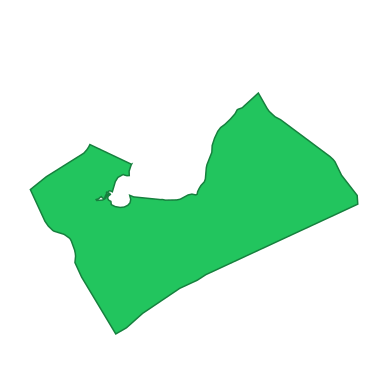 SVG path tracing the border of As Suways, rotated 241°
{"feature_id": "EGY-1536", "entity_name": "As Suways", "entity_type": "Governorate", "adm_level": 1, "iso_a3": "EGY", "parent_name": "Egypt", "parent_adm1": "", "projection": "robinson", "projection_center": [32.482, 29.608], "detail": "fine", "context": "isolated", "style": "filled", "palette": "green", "viewbox_px": 384, "rotation_deg": 241, "n_neighbors": 0, "source": "natural_earth", "source_scale": "10m", "svg_char_len": 1556}
<svg xmlns="http://www.w3.org/2000/svg" viewBox="0 0 384 384"><g transform="rotate(241 192 192)"><path d="M245.6,152.6L244.9,151.6L240.7,147.1L236.8,145.1L237.8,143.0L239.7,141.0L240.7,140.3L240.7,134.3L238.3,130.0L230.8,122.4L232.4,121.3L233.1,120.3L233.0,119.2L231.9,118.1L233.0,117.7L233.3,117.3L233.0,116.9L231.9,116.5L231.2,115.2L230.3,114.0L229.3,112.9L228.9,112.1L229.1,111.5L229.8,111.1L230.5,110.7L231.9,110.5L231.9,109.2L231.5,107.6L231.5,106.3L231.9,104.5L230.8,104.5L228.4,109.7L228.2,112.1L228.6,113.8L229.7,115.0L230.6,116.6L230.8,119.4L229.4,119.4L229.0,116.7L227.5,115.2L225.4,115.1L223.1,116.5L220.1,115.3L216.5,117.7L213.3,121.7L211.7,125.4L211.5,129.4L212.6,132.6L215.2,134.8L219.3,135.9L216.0,138.6L200.6,160.8L199.7,162.6L197.8,164.7L192.5,174.7L191.4,178.2L191.3,187.2L190.2,190.9L187.6,193.9L187.6,195.5L189.6,197.1L191.7,200.1L193.4,203.1L194.9,207.7L196.9,210.0L206.3,216.3L208.6,218.3L217.1,228.6L222.9,232.2L228.1,237.8L232.6,244.0L234.5,248.3L235.2,253.6L237.1,260.8L239.5,267.5L242.0,271.4L242.0,272.7L241.3,276.6L246.4,298.0L228.6,298.2L225.1,298.6L217.5,301.1L212.3,304.5L156.0,329.9L152.0,331.2L149.2,331.7L134.2,330.9L108.9,334.8L101.0,331.1L113.0,164.1L112.3,154.1L113.7,134.6L109.8,90.0L105.0,68.8L104.8,56.5L171.1,54.2L187.0,55.4L192.4,59.1L195.0,60.2L198.2,61.2L207.7,62.7L210.1,62.7L211.0,62.5L216.4,59.9L217.2,59.4L224.5,52.4L225.9,51.6L231.8,49.8L237.6,49.2L272.5,51.8L276.0,71.9L278.4,116.2L280.0,120.7L281.6,123.7L283.0,125.7L245.6,152.5L245.6,152.6Z" fill="#22c55e" stroke="#15803d" stroke-width="1.5"/></g></svg>